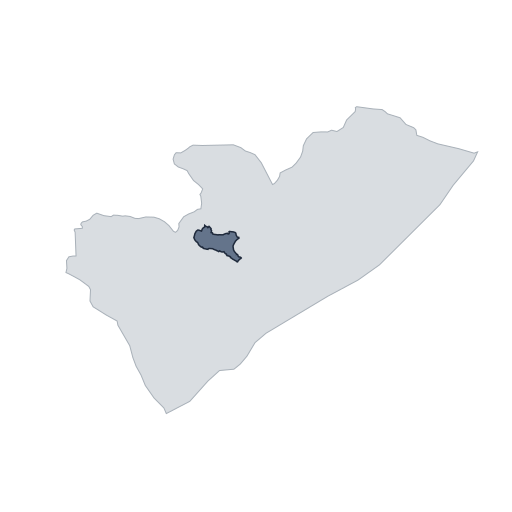 Jorquelleh, Bong, Liberia (highlighted), rotated 287°
{"feature_id": "62588387B10332133917800", "entity_name": "Jorquelleh", "entity_type": "district", "adm_level": 2, "iso_a3": "LBR", "parent_name": "Liberia", "parent_adm1": "Bong", "projection": "mercator", "projection_center": [-9.438, 6.901], "detail": "fine", "context": "in_parent", "style": "filled", "palette": "slate", "viewbox_px": 512, "rotation_deg": 287, "n_neighbors": 0, "source": "geoboundaries", "source_scale": "gbopen_adm2", "svg_char_len": 4406}
<svg xmlns="http://www.w3.org/2000/svg" viewBox="0 0 512 512"><g transform="rotate(287 256 256)"><path d="M79.1,216.3L83.7,212.4L90.4,200.0L99.8,188.0L108.5,180.9L115.5,173.6L122.8,168.0L133.3,161.5L149.4,144.2L153.2,142.2L155.7,130.3L159.8,115.1L164.4,110.4L175.4,107.6L178.0,105.0L181.8,94.3L184.3,81.8L184.6,79.1L188.9,78.8L196.2,76.1L200.5,77.3L202.4,80.9L203.4,83.9L225.8,76.1L227.7,74.5L228.9,74.8L231.7,81.8L233.3,81.4L234.7,79.3L236.2,79.2L237.9,80.1L239.7,83.4L242.5,86.3L247.4,88.4L250.4,91.2L250.1,98.7L251.3,106.0L253.4,107.7L254.5,112.0L255.1,116.8L256.2,119.3L257.0,124.1L256.6,129.3L257.5,132.9L261.1,139.2L263.3,147.1L263.3,152.7L262.0,158.5L259.6,163.9L255.5,169.8L255.1,172.1L257.6,173.6L261.3,173.9L264.5,172.7L272.4,175.4L276.5,179.3L280.2,184.0L283.5,186.4L285.0,189.5L290.6,188.6L297.1,185.7L298.4,184.4L300.4,185.1L304.6,185.4L307.5,180.2L309.9,174.2L315.0,167.7L317.5,165.2L318.1,161.0L318.4,155.6L320.2,151.0L324.4,148.4L328.9,148.4L331.4,149.4L332.6,153.9L336.2,157.3L339.3,159.7L341.0,160.7L343.6,163.4L346.0,172.4L355.7,201.8L355.2,209.8L353.3,215.1L353.2,220.3L352.6,225.4L346.7,233.8L329.2,250.9L330.6,252.4L334.7,254.3L339.0,255.3L342.5,254.8L346.8,259.1L351.5,264.5L356.5,267.2L363.7,269.7L369.9,270.0L375.3,269.0L382.8,270.1L390.8,274.5L393.7,281.9L395.6,288.3L398.4,291.5L398.7,297.0L404.4,301.9L412.6,302.9L423.1,308.6L425.8,308.3L426.9,307.6L428.2,308.6L430.9,325.1L432.9,333.8L431.8,337.3L430.4,340.1L430.3,353.4L425.6,361.0L424.8,369.3L423.4,372.0L418.4,374.5L418.3,380.9L417.0,388.6L416.4,396.9L417.9,418.4L418.1,434.5L420.4,437.5L410.5,436.2L381.4,423.9L358.9,416.9L283.7,376.7L262.8,360.6L238.7,336.6L185.1,288.2L172.9,280.4L157.5,276.6L148.0,272.5L141.3,268.0L135.8,254.6L122.4,246.6L97.7,235.2L79.1,216.3Z" fill="#d9dde1" stroke="#a8b0b8" stroke-width="1"/><path d="M272.4,226.9L272.2,226.3L271.9,224.4L271.8,223.9L271.7,223.4L271.3,223.1L270.5,223.5L270.1,223.7L269.5,223.7L269.1,223.4L269.0,223.0L268.9,222.8L269.4,222.1L268.8,220.9L268.6,220.5L267.4,219.0L267.3,218.9L266.7,218.4L266.5,217.8L266.1,216.6L265.7,215.0L265.5,214.2L265.0,213.6L265.0,213.0L264.8,211.7L264.8,211.4L264.6,210.6L264.4,209.2L264.4,208.2L264.9,207.9L265.4,207.6L265.3,206.2L266.5,206.2L267.4,206.0L267.6,205.7L268.0,205.3L268.1,205.1L268.8,205.2L269.0,205.0L269.2,204.8L270.1,203.3L270.6,202.4L269.1,201.8L269.0,201.7L269.7,200.8L269.7,200.5L269.7,199.9L269.6,199.2L270.1,198.5L270.3,198.0L268.7,198.4L268.1,197.9L267.3,197.2L266.3,196.8L266.2,196.8L265.9,196.7L264.0,196.6L263.9,196.6L263.9,196.2L264.0,194.0L263.9,193.1L263.9,192.9L263.8,192.7L262.2,191.6L261.8,191.5L260.8,191.3L259.6,191.1L259.2,191.0L258.5,191.1L257.6,191.2L256.8,191.1L256.7,191.1L256.0,191.3L255.8,191.3L255.6,191.2L255.4,191.2L255.1,191.5L254.6,191.8L253.6,192.8L253.2,193.2L252.1,195.0L252.0,196.1L250.8,197.2L250.7,197.2L249.9,198.0L249.2,199.4L249.1,199.5L249.0,199.9L248.8,200.5L248.5,201.0L248.6,201.4L248.9,202.0L248.8,202.3L248.6,202.2L248.5,202.5L248.1,203.2L248.1,203.3L247.9,203.4L247.9,203.8L247.9,204.2L248.0,204.9L248.0,205.3L248.1,206.0L248.1,206.3L248.1,206.9L248.1,207.0L248.2,207.3L248.3,207.5L248.3,208.1L248.9,208.2L249.0,208.3L249.2,208.5L249.5,209.0L249.6,209.5L249.8,210.2L250.2,212.0L250.3,212.4L250.0,213.6L250.0,213.9L249.9,214.8L249.9,216.0L249.7,216.7L249.6,217.2L249.7,217.4L249.3,219.1L249.8,219.4L250.1,219.6L250.3,219.7L250.0,220.7L249.9,221.3L249.8,221.6L250.0,222.3L250.1,223.1L250.8,224.1L250.7,224.2L249.9,225.0L249.3,226.1L249.3,226.3L249.2,227.1L248.5,227.4L248.1,228.0L247.9,228.2L248.2,228.9L247.9,229.2L248.0,229.8L248.0,231.0L247.7,231.8L247.0,232.0L246.8,233.1L246.3,234.3L246.2,234.5L246.0,235.7L245.9,236.2L245.7,236.9L245.4,238.4L245.3,238.7L245.0,239.3L244.9,239.4L245.0,240.1L246.1,240.3L246.8,240.7L247.1,240.8L247.6,241.0L248.5,241.6L249.1,242.2L249.8,242.5L250.1,242.1L250.3,241.4L250.3,240.7L250.1,240.1L250.4,239.2L250.6,239.0L251.1,238.7L251.4,238.5L251.6,238.3L252.0,237.9L252.1,237.4L251.9,237.1L252.1,237.1L252.5,236.3L253.2,235.2L253.3,235.1L253.9,234.1L254.8,233.2L255.3,232.7L255.9,232.5L256.0,232.4L256.9,232.0L258.0,231.4L258.8,231.2L259.3,231.1L261.4,231.4L263.5,231.9L264.2,232.0L264.5,232.2L265.3,232.6L266.1,233.0L267.3,233.9L268.1,234.5L268.8,234.1L268.7,233.6L268.6,233.2L268.6,232.8L268.9,232.1L269.3,231.8L270.1,231.0L271.5,230.2L271.9,230.1L272.4,229.1L272.4,227.0L272.4,226.9Z" fill="#64748b" stroke="#1e293b" stroke-width="1.5"/></g></svg>